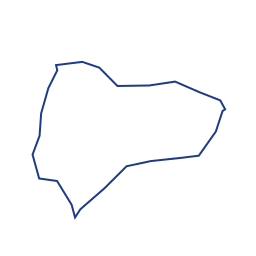 Bjuv, Skåne, Sweden, rotated 258°
{"feature_id": "70781695B11789611241227", "entity_name": "Bjuv", "entity_type": "district", "adm_level": 2, "iso_a3": "SWE", "parent_name": "Sweden", "parent_adm1": "Skåne", "projection": "orthographic", "projection_center": [12.999, 56.072], "detail": "fine", "context": "isolated", "style": "outline", "palette": "blue", "viewbox_px": 256, "rotation_deg": 258, "n_neighbors": 0, "source": "geoboundaries", "source_scale": "gbopen_adm2", "svg_char_len": 467}
<svg xmlns="http://www.w3.org/2000/svg" viewBox="0 0 256 256"><g transform="rotate(258 128 128)"><path d="M126.1,226.9L135.8,224.0L148.1,205.4L163.6,183.7L165.2,157.4L171.3,126.4L193.0,112.5L202.2,97.0L204.5,70.7L199.1,70.8L183.6,58.4L160.4,46.1L138.8,39.9L121.8,29.1L97.1,30.6L90.9,47.6L64.7,56.9L51.5,57.6L58.5,64.6L73.9,92.4L90.9,118.7L90.9,143.5L87.7,174.4L86.2,191.5L106.3,213.2L124.9,224.0L126.1,226.9Z" fill="none" stroke="#1e3a8a" stroke-width="2"/></g></svg>